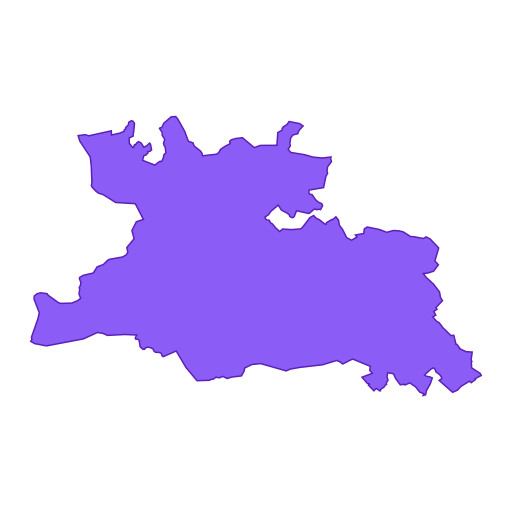 outline of Longford Lea-7, Longford, Ireland
{"feature_id": "5873133B83670029874089", "entity_name": "Longford Lea-7", "entity_type": "district", "adm_level": 2, "iso_a3": "IRL", "parent_name": "Ireland", "parent_adm1": "Longford", "projection": "equal_earth", "projection_center": [-7.802, 53.758], "detail": "fine", "context": "isolated", "style": "filled", "palette": "violet", "viewbox_px": 512, "rotation_deg": 0, "n_neighbors": 0, "source": "geoboundaries", "source_scale": "gbopen_adm2", "svg_char_len": 4386}
<svg xmlns="http://www.w3.org/2000/svg" viewBox="0 0 512 512"><path d="M30.7,341.3L34.6,343.6L46.4,345.9L83.4,338.9L97.4,332.5L103.0,333.4L107.4,335.4L124.6,334.5L136.7,335.0L135.2,338.1L135.9,339.2L137.7,339.2L139.1,340.2L140.1,346.7L142.8,349.3L144.5,349.3L145.8,347.7L148.1,347.1L151.0,347.9L152.9,348.8L153.9,351.0L155.6,352.3L159.6,352.5L161.4,353.5L161.9,355.5L163.1,356.7L176.2,351.0L186.0,367.5L197.0,380.7L209.4,380.3L211.1,379.4L213.3,379.1L216.1,377.1L217.4,377.6L219.9,377.7L222.9,376.4L227.2,378.5L231.6,377.1L241.5,375.9L244.1,371.1L244.7,368.0L251.9,364.5L260.7,363.6L286.2,370.9L290.3,369.1L299.8,367.4L322.4,364.8L336.6,360.5L339.9,361.8L342.7,364.0L352.6,359.0L370.3,366.3L369.7,370.3L372.3,373.3L362.0,377.2L367.1,383.2L369.2,383.8L369.5,384.3L368.4,385.1L373.9,390.8L376.2,388.4L380.0,391.0L381.4,388.7L383.8,387.4L385.3,385.2L386.5,384.5L386.4,382.7L388.0,380.3L387.0,376.5L387.8,372.7L393.6,373.8L395.6,378.5L400.3,384.8L404.5,384.3L404.9,385.0L409.8,382.9L415.6,386.9L419.7,392.1L423.8,393.7L423.1,395.5L425.6,394.8L426.5,390.5L430.3,383.8L432.3,378.0L430.3,377.0L426.0,376.1L424.6,374.9L431.2,368.9L433.7,367.9L435.5,370.1L435.7,371.7L439.6,374.6L441.4,376.9L441.6,378.8L439.1,380.4L452.6,392.3L457.5,390.2L460.8,386.5L469.4,381.2L471.2,382.7L475.5,379.5L475.2,378.6L481.3,375.5L480.2,373.4L471.7,367.9L471.3,362.6L471.9,361.5L471.1,360.0L472.2,352.1L465.9,351.6L459.5,348.6L459.7,348.0L456.9,344.4L456.0,344.3L453.8,335.3L450.9,335.5L442.9,327.7L439.2,322.7L436.8,321.5L432.7,316.9L435.8,315.2L433.8,311.4L437.0,309.3L435.9,307.6L442.5,300.7L440.5,297.5L439.5,291.9L433.6,284.2L426.1,277.3L423.4,273.5L428.0,273.0L433.6,271.2L438.4,264.8L434.9,260.9L438.7,248.0L430.2,239.0L426.1,236.9L423.3,238.5L413.4,236.6L410.7,236.6L403.3,231.9L398.9,230.8L393.4,230.5L386.7,232.3L379.4,229.5L367.2,227.0L364.3,228.9L363.7,233.5L355.4,235.0L356.9,237.0L351.6,240.2L346.7,237.7L342.6,229.5L339.4,225.2L338.5,220.1L335.9,216.8L332.7,219.6L331.8,219.5L326.4,222.7L326.1,224.2L324.7,224.0L319.4,219.7L316.1,218.2L313.7,215.5L310.0,217.5L302.3,227.6L300.5,228.9L291.3,229.6L282.7,229.0L279.7,231.5L275.6,227.8L272.5,224.0L270.5,222.7L269.2,220.2L266.8,220.0L265.7,218.9L265.0,217.0L268.6,214.7L270.6,211.6L278.2,205.1L281.5,210.2L286.8,212.9L289.2,214.7L289.7,216.3L291.8,217.7L293.6,217.3L294.3,216.4L296.5,210.8L309.0,213.5L314.5,208.9L317.0,209.8L317.9,209.2L320.6,209.6L322.6,205.6L321.7,203.6L318.4,202.2L315.6,199.7L312.0,194.5L310.2,194.4L308.9,193.1L309.0,190.1L323.6,187.6L325.9,176.4L327.6,173.3L327.0,170.9L327.6,166.7L331.5,161.7L330.6,158.4L331.0,157.0L322.3,158.0L313.0,157.1L304.7,154.7L290.7,152.4L288.2,149.4L290.3,145.9L289.9,143.2L290.7,137.9L292.9,135.0L298.0,133.6L297.9,132.5L299.9,129.4L303.1,126.0L299.7,123.6L289.1,121.5L287.0,124.5L283.1,127.0L282.1,128.6L282.1,130.2L277.8,132.5L276.9,145.3L260.2,145.4L254.3,147.6L242.4,137.7L235.8,138.5L231.3,139.8L229.6,141.3L230.1,143.7L224.7,146.5L220.4,149.5L218.7,152.7L216.5,154.2L202.5,155.8L202.2,153.7L200.5,151.0L194.0,145.9L193.1,142.9L188.4,141.3L184.6,131.1L177.7,118.9L175.7,116.5L171.1,116.9L163.8,123.2L161.7,127.6L160.1,127.8L159.5,128.5L162.2,132.5L162.2,135.3L164.8,139.5L163.5,143.1L164.1,145.6L165.1,146.7L165.9,152.7L163.8,154.9L163.4,157.6L161.9,161.2L160.9,161.6L160.2,161.2L158.7,162.1L154.8,165.1L142.6,160.3L143.8,155.7L146.0,155.0L147.9,153.0L147.7,151.8L150.1,151.2L151.6,149.9L150.5,144.2L149.5,143.1L147.1,145.5L143.9,147.3L141.2,143.1L138.6,141.6L136.9,142.7L135.5,144.7L134.5,144.7L133.5,147.4L132.5,147.2L129.3,143.3L129.2,138.0L133.3,136.0L133.0,134.1L133.6,132.6L134.2,127.1L134.4,125.0L134.4,124.9L134.5,123.4L133.1,121.3L131.4,120.7L128.8,122.2L128.3,124.9L125.7,127.5L125.7,128.8L124.2,130.0L124.1,131.3L119.8,133.1L111.5,135.0L111.3,130.8L88.8,135.8L85.3,134.7L78.1,135.6L79.8,141.1L90.2,156.9L91.3,166.4L91.9,182.7L91.4,185.6L92.2,187.3L96.1,191.4L98.6,193.2L103.1,194.6L115.7,202.5L135.3,203.7L143.4,219.4L136.4,221.7L131.9,230.6L134.1,238.7L126.8,247.5L127.8,252.3L126.2,254.9L122.5,257.0L109.5,259.3L107.7,260.2L103.4,264.5L97.1,266.9L93.3,273.0L83.3,275.3L79.7,277.4L79.4,278.8L80.9,282.4L80.5,285.2L79.2,287.7L79.7,289.0L79.0,294.1L80.7,298.3L77.5,300.7L71.7,303.1L60.7,303.4L58.2,302.5L48.1,295.2L47.0,293.6L40.3,292.8L36.6,294.0L34.2,296.1L34.1,299.3L39.3,312.8L37.9,318.8L31.5,337.1L31.8,339.7L30.7,341.3Z" fill="#8b5cf6" stroke="#5b21b6" stroke-width="1.5"/></svg>